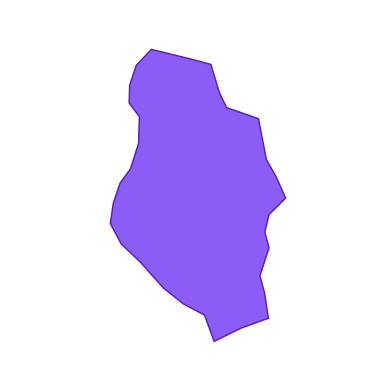 Arediou, Nicosia, Cyprus, rotated 340°
{"feature_id": "46923920B85214629039335", "entity_name": "Arediou", "entity_type": "district", "adm_level": 2, "iso_a3": "CYP", "parent_name": "Cyprus", "parent_adm1": "Nicosia", "projection": "orthographic", "projection_center": [33.205, 35.051], "detail": "fine", "context": "isolated", "style": "filled", "palette": "violet", "viewbox_px": 384, "rotation_deg": 340, "n_neighbors": 0, "source": "geoboundaries", "source_scale": "gbopen_adm2", "svg_char_len": 548}
<svg xmlns="http://www.w3.org/2000/svg" viewBox="0 0 384 384"><g transform="rotate(340 192 192)"><path d="M202.6,44.1L183.0,53.9L169.9,70.4L163.4,86.8L168.3,103.2L158.5,127.9L142.1,149.2L127.4,159.1L114.3,175.5L104.5,193.6L107.7,216.6L119.2,239.6L132.3,272.5L145.4,293.9L161.7,312.0L161.7,339.9L191.2,336.7L220.6,336.7L225.6,312.0L227.2,293.9L245.2,270.9L246.8,254.4L256.6,239.6L277.9,229.8L276.3,206.8L273.0,187.0L279.5,145.9L253.4,124.6L251.7,108.1L253.4,78.6L237.0,67.1L202.6,44.1Z" fill="#8b5cf6" stroke="#5b21b6" stroke-width="1.5"/></g></svg>